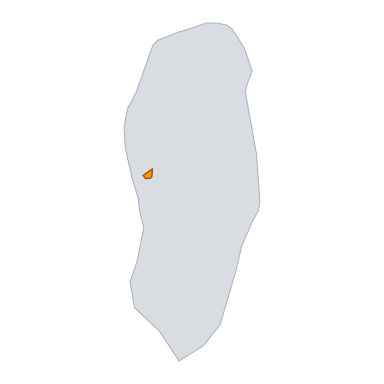 54, Ar Rayyān, Qatar (highlighted), rotated 180°
{"feature_id": "91078587B84726999218009", "entity_name": "54", "entity_type": "district", "adm_level": 2, "iso_a3": "QAT", "parent_name": "Qatar", "parent_adm1": "Ar Rayyān", "projection": "equal_earth", "projection_center": [51.456, 25.272], "detail": "fine", "context": "in_parent", "style": "filled", "palette": "amber", "viewbox_px": 384, "rotation_deg": 180, "n_neighbors": 0, "source": "geoboundaries", "source_scale": "gbopen_adm2", "svg_char_len": 768}
<svg xmlns="http://www.w3.org/2000/svg" viewBox="0 0 384 384"><g transform="rotate(180 192 192)"><path d="M205.6,351.9L191.3,356.2L177.8,361.0L166.5,360.8L157.5,359.0L151.5,354.5L139.9,336.4L131.8,313.0L136.8,300.0L138.6,291.9L127.6,230.3L124.1,183.1L125.5,173.5L131.8,162.3L142.3,137.8L147.9,114.1L163.8,59.5L180.4,38.5L204.9,23.0L224.9,53.2L249.4,76.2L254.0,102.0L246.8,123.0L240.2,156.5L244.2,171.8L245.7,185.2L252.3,207.5L258.8,236.6L259.9,256.9L256.4,275.6L247.9,291.4L231.1,338.8L226.1,343.8L205.6,351.9Z" fill="#d9dde1" stroke="#a8b0b8" stroke-width="1"/><path d="M231.8,210.6L231.7,215.0L240.8,208.6L240.6,208.4L240.4,208.1L238.8,205.9L238.5,205.6L233.9,205.6L232.2,207.5L231.9,210.6L231.8,210.6Z" fill="#f59e0b" stroke="#b45309" stroke-width="1.5"/></g></svg>